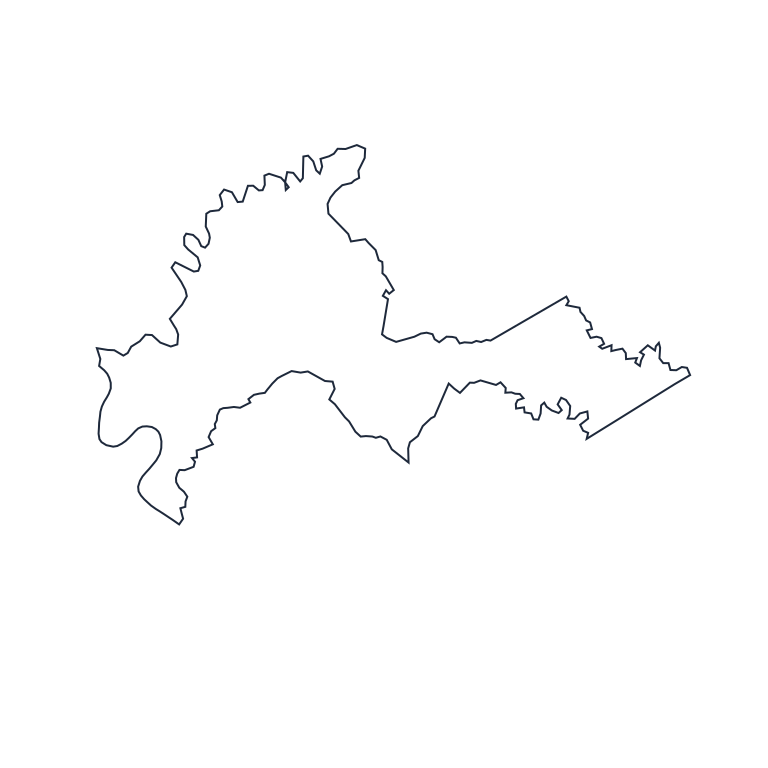 the district of Nonoai, Rio Grande do Sul, Brazil, rotated 203°
{"feature_id": "56859067B21998969207293", "entity_name": "Nonoai", "entity_type": "district", "adm_level": 2, "iso_a3": "BRA", "parent_name": "Brazil", "parent_adm1": "Rio Grande do Sul", "projection": "orthographic", "projection_center": [-52.863, -27.353], "detail": "fine", "context": "isolated", "style": "outline", "palette": "slate", "viewbox_px": 768, "rotation_deg": 203, "n_neighbors": 0, "source": "geoboundaries", "source_scale": "gbopen_adm2", "svg_char_len": 4127}
<svg xmlns="http://www.w3.org/2000/svg" viewBox="0 0 768 768"><g transform="rotate(203 384 384)"><path d="M535.4,178.2L530.1,177.2L525.7,176.4L517.7,174.7L516.3,181.5L519.5,185.6L522.9,190.1L518.9,193.3L520.8,198.4L521.0,203.4L526.1,206.7L531.9,208.5L536.9,212.4L538.7,216.1L539.3,220.7L538.7,225.0L533.8,226.8L526.9,233.4L527.6,238.6L531.8,240.8L527.4,243.4L530.5,249.6L525.7,253.6L518.0,261.6L524.7,266.6L524.7,273.0L522.0,277.5L524.1,281.0L523.7,285.2L525.3,290.0L525.1,296.3L522.5,299.0L518.8,300.9L513.2,304.2L507.2,305.9L499.8,314.7L502.9,317.1L499.5,323.2L494.9,326.5L490.2,329.3L489.2,333.3L487.0,340.7L484.2,347.7L481.3,351.4L474.1,359.8L465.2,361.9L459.0,365.8L439.5,363.7L432.2,366.1L427.5,360.2L428.3,348.4L421.3,346.2L407.0,338.1L401.5,335.9L391.7,328.9L384.9,326.5L380.3,329.0L374.2,331.1L370.5,331.3L366.8,334.3L359.7,333.7L351.3,326.9L330.7,321.3L336.6,334.2L337.4,340.5L332.5,349.3L331.9,360.4L327.3,370.9L324.8,373.8L324.6,409.7L317.6,407.2L310.6,405.5L305.5,418.8L301.5,420.3L296.6,425.0L280.5,426.9L277.4,431.1L270.4,427.9L268.9,423.4L263.4,426.1L259.4,426.3L255.1,427.9L250.1,425.4L254.7,421.3L254.9,417.2L252.8,413.0L246.0,417.2L243.5,412.8L237.0,414.4L232.6,409.9L228.0,411.5L228.3,418.0L231.0,425.7L229.2,429.5L225.4,426.6L219.2,425.2L212.0,425.5L210.2,429.4L216.2,433.1L215.5,440.6L210.2,440.4L204.0,436.5L201.3,428.3L201.5,424.0L194.9,426.4L192.2,433.4L186.1,438.2L182.6,431.9L187.5,423.1L182.4,418.8L177.0,418.8L176.0,412.7L154.9,442.6L116.4,497.4L105.7,511.8L111.4,517.3L116.5,516.0L120.3,510.9L125.8,508.8L130.2,514.4L135.1,512.3L140.5,515.3L144.0,525.3L147.1,529.3L148.5,524.9L147.6,520.7L156.3,522.7L160.7,513.3L156.2,512.6L156.6,506.3L155.5,500.6L161.1,501.9L161.3,506.7L170.9,501.5L173.5,506.9L178.3,509.7L184.0,505.8L187.6,503.1L189.7,508.6L196.9,501.7L200.5,502.5L197.1,507.0L201.8,511.2L206.8,510.6L211.9,507.1L218.3,512.6L214.0,515.8L218.3,521.2L222.8,521.5L226.3,524.8L231.3,527.1L233.8,530.6L246.9,527.8L246.3,532.4L250.3,535.7L302.9,465.6L307.0,464.6L311.0,460.6L315.9,459.7L319.2,456.2L326.2,453.8L330.2,450.9L335.9,454.7L339.6,454.0L344.9,452.0L347.0,448.3L349.5,444.0L354.9,445.0L358.8,448.8L364.8,447.9L369.8,444.8L374.5,439.4L389.3,427.5L399.6,427.5L405.2,428.9L407.0,436.9L413.5,463.7L419.5,464.7L418.8,471.1L414.5,469.1L411.7,474.3L424.4,483.8L428.7,485.3L431.0,491.2L433.3,495.7L437.2,495.9L444.0,504.0L453.3,507.8L457.8,510.0L470.1,502.3L475.5,508.1L501.7,519.1L506.3,527.7L506.1,534.7L504.1,542.1L500.1,550.7L492.5,556.3L490.8,559.9L487.4,564.0L490.9,570.3L490.1,584.6L493.3,593.3L502.4,593.3L511.2,585.3L518.6,582.4L520.1,576.4L523.6,572.1L530.4,566.4L525.9,560.0L525.3,552.5L529.9,554.2L536.1,561.3L543.1,564.5L547.1,561.9L539.1,541.7L540.3,537.7L550.0,542.9L555.9,541.2L553.8,531.0L559.5,533.7L572.0,532.6L575.5,529.1L571.5,520.7L571.5,515.0L574.8,513.3L581.8,515.4L586.7,513.3L585.3,496.7L589.8,494.3L598.9,501.1L607.2,500.5L609.0,493.7L604.7,488.6L602.2,484.2L603.9,479.4L611.5,475.1L614.1,471.3L609.6,459.3L603.8,454.1L601.5,450.6L600.3,444.5L602.0,439.6L606.1,439.5L611.2,444.2L618.0,446.6L624.8,445.1L625.4,441.2L622.1,433.8L616.8,431.3L605.0,427.8L599.5,421.3L599.2,415.6L603.0,413.2L623.7,414.5L625.0,408.1L610.5,398.7L603.6,393.0L599.8,387.8L600.9,378.2L606.6,360.3L600.2,355.7L596.7,353.3L592.8,349.1L589.7,339.7L594.9,335.2L606.1,334.7L616.7,338.4L622.8,336.2L625.5,327.9L631.3,319.6L632.0,312.4L635.0,308.3L645.5,309.7L651.6,307.4L662.3,304.8L654.9,296.2L653.3,289.3L646.9,287.3L642.8,285.3L639.5,282.5L636.0,278.3L633.8,273.2L633.5,267.5L633.9,263.5L634.7,258.3L634.9,253.0L634.2,247.7L632.7,242.8L631.1,237.1L629.3,232.3L627.3,226.7L624.4,222.1L621.3,220.1L615.7,219.2L608.8,220.5L605.3,222.7L602.1,226.6L599.6,230.6L597.8,234.7L596.0,239.3L594.6,243.3L592.9,247.1L589.8,250.4L585.8,252.4L580.9,253.7L576.5,253.3L573.1,252.0L570.2,249.6L566.5,244.3L564.0,238.0L563.0,231.9L563.8,224.7L565.6,218.6L566.9,214.3L568.6,209.5L570.2,204.5L570.8,199.5L570.2,193.4L567.9,189.2L564.2,186.4L559.7,184.2L556.1,182.9L551.0,181.1L545.1,179.8L541.1,179.2L535.4,178.2ZM553.8,531.0L548.6,527.9L550.2,524.2L553.8,531.0Z" fill="none" stroke="#1e293b" stroke-width="2"/></g></svg>